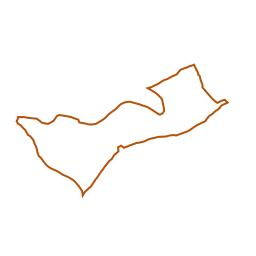 Esan West, Edo, Nigeria (Equal Earth projection), rotated 250°
{"feature_id": "59680162B89634889188856", "entity_name": "Esan West", "entity_type": "district", "adm_level": 2, "iso_a3": "NGA", "parent_name": "Nigeria", "parent_adm1": "Edo", "projection": "equal_earth", "projection_center": [6.144, 6.652], "detail": "fine", "context": "isolated", "style": "outline", "palette": "amber", "viewbox_px": 256, "rotation_deg": 250, "n_neighbors": 0, "source": "geoboundaries", "source_scale": "gbopen_adm2", "svg_char_len": 2251}
<svg xmlns="http://www.w3.org/2000/svg" viewBox="0 0 256 256"><g transform="rotate(250 128 128)"><path d="M142.5,35.3L138.8,35.0L135.5,34.5L132.2,34.6L129.3,36.1L125.3,37.2L120.9,38.7L118.4,40.2L115.9,42.3L114.4,43.8L112.6,45.8L109.7,48.3L106.8,50.4L102.4,54.9L98.1,58.5L95.5,60.0L93.3,60.7L92.1,61.1L89.8,62.0L88.8,62.3L85.9,62.9L84.5,63.4L80.1,62.4L82.4,65.2L85.0,71.1L85.3,72.6L86.1,73.6L88.6,77.1L90.5,79.6L92.3,82.5L94.5,85.5L96.3,88.0L97.8,90.5L98.0,90.7L99.6,92.9L101.4,95.9L103.6,99.4L104.3,101.9L105.3,103.2L107.3,105.8L109.3,111.0L113.4,112.2L113.7,115.6L110.8,117.4L110.9,118.8L110.9,121.3L111.0,124.3L111.0,130.8L110.5,133.4L110.2,134.8L109.9,138.3L110.3,144.7L109.9,148.3L109.2,153.8L108.1,157.3L107.0,160.8L106.7,164.8L105.6,168.8L104.5,170.8L104.5,173.8L104.5,176.3L104.5,180.8L104.5,183.8L106.0,189.3L107.1,193.8L107.8,201.3L108.0,203.2L109.2,204.6L111.5,208.2L112.2,211.7L113.3,214.2L114.1,216.1L114.4,218.1L115.2,220.6L117.0,223.1L117.4,225.6L117.7,230.1L117.8,230.4L121.4,228.5L121.6,225.1L121.0,220.6L123.2,219.0L127.2,217.0L140.7,211.8L143.2,212.8L145.8,212.7L149.0,212.7L151.9,213.2L154.2,212.3L155.3,212.7L156.0,212.6L158.3,212.4L164.9,211.6L164.8,209.0L164.8,208.8L164.8,208.4L165.0,207.4L164.8,206.4L164.8,203.1L164.8,197.4L163.5,195.0L161.7,192.1L161.4,187.1L161.0,184.6L160.6,182.1L160.6,177.6L159.1,171.1L158.9,168.6L158.8,166.6L158.6,165.7L158.4,164.1L158.7,160.1L153.3,164.7L148.6,167.7L143.5,169.8L139.9,169.3L136.9,168.9L132.6,168.1L132.3,168.0L131.4,167.5L130.0,165.5L129.6,162.5L131.8,160.5L134.7,158.4L138.0,155.9L141.2,153.3L143.8,149.8L146.0,147.3L147.8,144.8L149.2,142.8L152.1,138.7L153.2,133.7L152.8,129.2L152.4,128.2L149.9,122.8L149.1,119.9L148.4,117.3L147.0,113.3L145.5,110.8L144.4,107.3L143.7,103.9L142.9,99.4L143.3,97.1L143.7,94.9L145.1,91.8L146.9,89.3L148.8,85.9L149.9,84.2L152.9,84.1L155.6,80.7L157.8,78.2L159.6,75.2L160.8,73.1L161.5,71.9L162.2,70.6L163.8,67.5L163.5,65.3L160.3,60.7L159.6,57.2L159.2,54.4L159.2,54.2L162.1,49.2L167.9,45.5L170.5,40.1L171.4,38.3L172.3,36.6L174.1,33.5L174.5,32.0L175.9,28.5L174.8,28.0L172.3,25.6L169.7,26.1L167.2,28.1L164.3,29.2L161.3,30.7L155.5,31.8L153.7,33.3L150.8,34.3L149.7,34.8L147.5,34.9L144.2,34.9L142.5,35.3Z" fill="none" stroke="#b45309" stroke-width="2"/></g></svg>